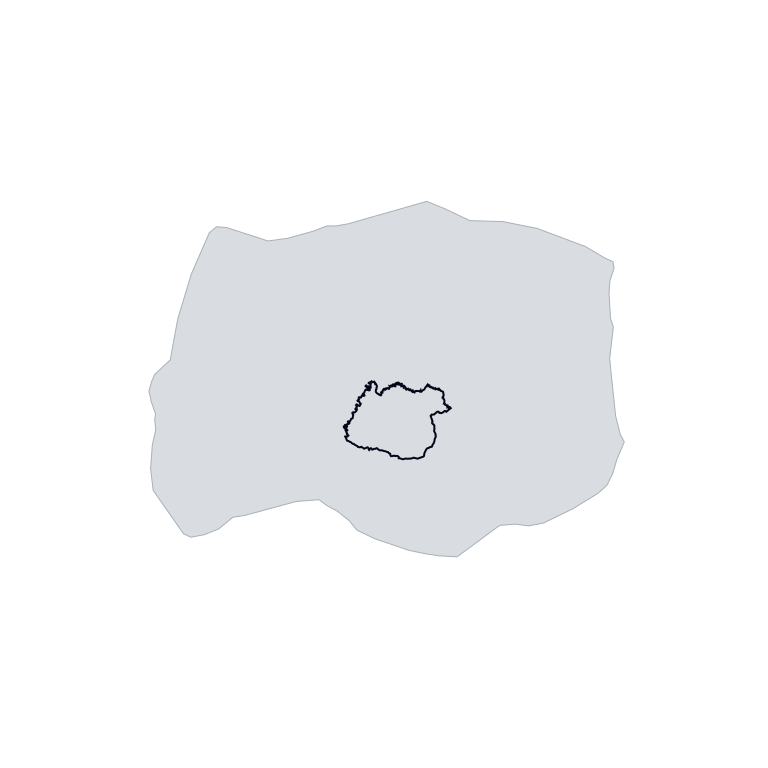 Khutlo-se-Metsi, Thaba-Tseka, Lesotho shown in context, rotated 44°
{"feature_id": "5366337B67147005930942", "entity_name": "Khutlo-se-Metsi", "entity_type": "district", "adm_level": 2, "iso_a3": "LSO", "parent_name": "Lesotho", "parent_adm1": "Thaba-Tseka", "projection": "natural_earth1", "projection_center": [28.357, -29.676], "detail": "fine", "context": "in_parent", "style": "outline", "palette": "ink", "viewbox_px": 768, "rotation_deg": 44, "n_neighbors": 0, "source": "geoboundaries", "source_scale": "gbopen_adm2", "svg_char_len": 7055}
<svg xmlns="http://www.w3.org/2000/svg" viewBox="0 0 768 768"><g transform="rotate(44 384 384)"><path d="M485.4,501.5L467.7,507.4L465.3,507.9L453.9,506.5L438.7,507.9L426.8,511.2L417.6,512.4L402.5,529.4L375.1,575.3L367.8,584.9L365.8,602.9L359.4,617.2L351.6,628.3L344.0,631.0L321.2,626.6L291.9,620.9L274.9,607.0L259.7,588.8L251.7,575.6L243.3,568.4L240.5,564.3L228.5,558.2L224.0,555.0L220.1,552.8L215.3,544.0L212.4,536.3L213.5,515.0L205.0,502.4L190.6,480.7L181.5,463.0L169.0,438.7L161.3,418.0L153.3,396.5L154.3,387.3L161.8,381.0L183.9,370.1L201.1,361.8L213.3,346.4L226.7,323.6L233.2,309.9L239.7,303.6L246.8,293.9L259.2,272.4L273.1,248.5L287.9,222.9L306.6,215.5L332.2,206.9L356.8,184.5L386.1,165.7L433.4,145.2L455.4,140.0L463.8,137.0L469.1,140.9L474.7,152.6L482.8,162.4L501.4,179.5L509.3,183.6L528.6,208.9L549.1,226.2L572.8,246.1L588.9,256.1L597.1,258.8L603.9,276.5L610.8,289.7L614.7,301.9L613.9,313.9L606.3,343.2L595.3,373.2L586.6,385.6L575.9,393.5L565.4,405.3L561.4,429.4L556.6,457.6L543.0,469.3L532.4,476.9L517.8,486.2L485.4,501.5Z" fill="#d9dde1" stroke="#a8b0b8" stroke-width="1"/><path d="M449.9,425.0L450.4,424.3L451.1,422.8L452.2,422.0L454.6,419.6L455.9,417.8L456.5,416.4L460.0,414.4L462.7,409.0L462.8,408.1L462.4,407.4L461.5,406.3L461.0,405.3L460.1,402.7L459.8,401.2L459.8,400.2L460.6,398.8L460.9,397.4L461.9,396.1L462.0,395.7L461.2,394.2L460.9,392.2L460.2,390.5L459.0,388.8L458.3,387.4L458.0,386.2L457.6,385.6L456.5,385.0L456.1,384.3L452.7,383.0L452.0,382.2L451.6,381.3L449.7,379.7L449.4,379.1L447.9,378.6L446.8,378.9L445.8,378.7L445.5,378.5L445.1,377.3L444.8,377.1L444.3,377.1L443.6,376.4L442.2,375.9L440.6,374.9L440.0,374.8L439.6,374.4L439.6,372.8L440.2,372.4L441.2,371.1L441.5,367.2L441.8,366.6L442.3,366.2L443.4,366.0L443.9,366.3L444.2,365.8L445.4,365.3L446.2,363.3L446.3,361.4L447.2,360.7L448.1,360.7L448.6,356.4L448.6,355.8L448.8,355.0L448.1,354.9L448.0,355.2L447.4,355.1L447.3,355.4L446.7,355.4L446.8,355.7L446.5,355.9L446.6,356.2L446.3,356.1L445.8,356.3L445.7,356.3L445.8,356.0L445.4,356.0L445.3,355.8L445.0,356.0L444.5,355.5L444.4,355.7L444.5,355.9L444.2,355.7L444.0,355.9L443.8,355.8L443.0,356.2L442.4,356.0L442.2,356.4L441.1,356.0L440.7,356.4L440.3,355.4L438.8,353.8L438.1,353.5L437.5,353.5L436.6,352.9L436.3,353.3L435.7,353.3L435.3,352.8L434.8,350.6L433.0,349.4L432.5,348.9L431.7,348.6L429.5,349.5L428.8,349.3L428.6,349.5L427.8,349.8L427.0,349.1L426.7,349.2L426.7,349.6L426.3,349.8L426.6,350.4L426.4,350.4L426.1,350.2L425.9,350.7L425.0,351.2L424.9,351.7L424.1,351.4L423.8,351.8L423.9,352.2L423.6,352.2L423.4,351.9L422.9,352.9L422.2,353.1L421.8,352.8L421.6,353.3L420.8,353.1L420.1,353.8L419.8,353.4L419.1,353.8L419.3,354.1L419.2,354.2L418.6,353.9L418.2,354.2L417.8,353.8L417.5,354.4L417.2,354.0L416.9,354.4L416.7,353.9L416.2,354.2L416.2,353.9L415.9,353.9L416.1,354.4L415.8,354.8L416.1,356.1L416.1,357.2L416.7,359.9L416.7,360.4L416.2,361.8L416.2,363.8L415.4,364.3L415.0,363.3L414.7,363.1L414.9,363.9L414.8,364.2L412.0,366.6L412.0,366.9L411.6,367.2L411.6,367.9L411.8,368.8L411.4,368.8L411.0,369.1L410.6,368.6L410.4,368.7L410.2,369.3L409.8,368.8L409.3,368.8L409.0,369.3L409.3,369.7L409.3,369.9L408.6,369.9L408.5,369.1L406.9,370.6L406.4,369.9L405.7,370.9L404.8,370.6L404.7,371.0L403.8,371.4L403.8,371.8L404.2,372.2L404.1,372.5L403.9,372.6L403.6,372.6L403.6,371.9L403.4,371.7L402.6,372.3L401.6,371.5L401.2,371.8L401.0,372.3L400.7,371.6L400.3,371.4L400.0,371.8L400.1,372.2L399.8,372.3L399.4,371.5L399.2,371.6L399.1,372.5L398.6,372.3L398.1,372.5L398.0,373.0L398.1,373.4L398.0,373.6L397.7,373.4L397.7,372.6L397.6,372.2L397.2,372.2L396.8,372.5L396.5,372.4L396.7,371.8L396.6,371.6L396.0,372.0L396.1,372.4L396.5,372.7L396.4,373.2L396.2,373.3L395.7,373.1L395.3,374.0L394.7,373.8L394.1,372.9L393.7,372.9L393.7,373.8L394.1,374.5L394.0,374.8L393.8,374.8L393.3,373.8L392.8,373.7L392.5,374.0L391.9,375.6L391.9,376.0L393.1,376.7L393.7,377.5L393.7,378.0L392.5,378.5L391.9,377.7L391.2,377.7L390.8,377.9L390.9,378.3L391.7,378.5L391.6,380.1L391.4,380.3L390.9,379.6L390.5,379.5L390.0,380.3L390.1,381.5L389.6,381.7L390.4,382.1L390.3,383.2L390.4,383.5L390.8,383.6L390.9,384.1L389.5,384.4L389.3,384.8L389.0,386.5L388.3,386.0L388.2,386.2L388.7,386.8L388.3,387.4L387.7,387.4L387.3,387.7L387.5,388.4L388.1,388.9L387.9,389.1L387.5,389.2L387.7,390.0L388.1,390.7L388.8,391.2L388.6,391.4L387.9,391.6L387.7,392.0L387.9,392.2L388.4,392.3L388.9,392.7L389.0,394.0L389.6,394.1L389.5,394.5L387.6,395.1L387.4,394.9L385.8,395.5L383.8,395.4L382.9,394.7L382.2,393.8L382.0,392.6L381.3,392.1L380.8,390.9L380.0,390.2L378.2,389.6L377.9,390.2L377.5,390.1L376.9,389.5L376.3,389.3L375.8,389.4L375.5,389.1L375.3,389.1L375.2,389.9L374.7,390.5L373.9,390.7L373.7,390.8L373.2,390.7L373.0,392.1L372.2,393.5L372.3,394.0L372.9,394.0L373.7,393.1L374.4,393.0L374.6,393.7L375.9,395.0L376.8,395.6L377.1,396.3L377.1,396.8L376.6,397.6L376.3,397.7L375.8,397.3L375.3,396.1L375.0,395.9L374.6,396.3L373.6,397.6L373.0,397.6L372.3,397.3L372.1,397.5L372.0,397.9L372.3,398.4L374.1,398.2L375.5,398.7L375.9,398.8L376.3,398.6L377.0,398.0L377.5,397.9L378.0,398.3L377.8,398.9L376.0,400.0L375.2,400.3L374.7,400.9L375.3,402.9L375.9,404.1L375.9,404.7L375.6,405.5L375.7,406.1L375.8,406.3L376.4,406.2L377.4,405.5L377.9,405.7L378.0,405.9L377.8,406.5L376.7,407.3L376.2,408.0L376.2,408.4L376.8,409.4L376.7,410.1L375.3,410.7L375.2,411.2L375.9,412.0L376.8,412.6L376.4,413.9L376.5,414.4L377.1,414.5L378.0,414.0L378.6,413.9L380.1,414.5L380.9,414.3L381.2,414.7L381.3,415.5L381.7,416.2L381.6,416.8L381.2,417.1L379.1,417.4L378.4,417.8L378.6,418.7L380.0,418.8L380.4,419.2L380.4,419.9L380.7,420.6L380.6,421.4L380.8,421.9L381.3,421.9L382.0,421.0L382.3,421.2L382.8,422.6L382.7,424.7L382.4,425.2L381.7,425.5L381.3,426.2L381.3,426.8L381.6,427.1L382.9,427.4L383.4,427.6L383.6,428.3L384.6,429.4L385.2,430.5L385.0,431.1L384.6,431.8L384.6,432.2L385.2,433.5L385.5,435.3L385.2,435.5L384.4,435.5L384.1,435.9L384.1,436.1L384.7,436.5L385.5,435.9L386.1,436.0L386.4,436.3L386.2,437.6L385.9,438.1L385.4,438.5L384.7,440.3L384.5,440.6L385.1,441.2L384.5,442.2L384.5,442.5L385.8,443.2L386.4,443.2L386.5,442.8L386.3,442.7L385.8,440.8L385.9,440.0L386.1,439.9L386.9,440.1L387.0,440.9L387.3,441.3L387.5,443.2L387.9,443.2L388.4,442.7L388.7,442.8L389.3,442.5L389.7,442.6L389.7,442.9L389.3,443.5L388.9,443.4L388.5,443.6L388.6,444.1L390.2,444.4L390.8,445.0L391.6,445.1L391.7,445.4L392.3,445.4L392.6,446.0L394.1,445.8L394.2,447.0L393.6,448.1L392.5,448.6L392.5,448.8L394.4,449.3L395.4,449.9L396.8,450.4L398.1,449.6L399.3,449.5L400.4,448.9L402.8,448.8L404.0,448.0L404.9,448.1L407.9,447.2L408.7,447.4L410.7,446.3L411.3,444.9L414.7,444.3L415.9,441.4L416.3,440.9L417.6,441.1L418.2,441.3L418.7,441.8L419.2,441.8L418.9,439.8L419.1,439.4L419.6,439.1L420.7,439.4L421.1,439.4L421.4,439.1L421.9,437.6L422.8,436.6L423.2,435.4L423.5,435.1L425.7,435.0L427.2,434.6L428.4,433.2L430.5,432.3L431.2,431.7L433.1,430.9L434.2,430.2L435.5,430.4L436.3,430.0L437.0,429.9L438.2,430.9L439.2,431.0L439.8,430.4L441.1,428.5L442.2,428.0L442.8,427.2L443.7,426.4L445.3,426.2L445.8,426.6L446.1,427.2L446.3,427.2L446.9,426.5L449.9,425.0Z" fill="none" stroke="#020617" stroke-width="2"/></g></svg>